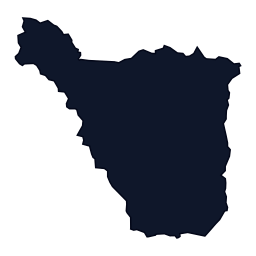 outline of Trujillo Alto, Puerto Rico, rotated 180°
{"feature_id": "32010507B87242959394677", "entity_name": "Trujillo Alto", "entity_type": "district", "adm_level": 2, "iso_a3": "PRI", "parent_name": "Puerto Rico", "parent_adm1": "", "projection": "robinson", "projection_center": [-65.993, 18.337], "detail": "fine", "context": "isolated", "style": "filled", "palette": "ink", "viewbox_px": 256, "rotation_deg": 180, "n_neighbors": 0, "source": "geoboundaries", "source_scale": "gbopen_adm2", "svg_char_len": 1914}
<svg xmlns="http://www.w3.org/2000/svg" viewBox="0 0 256 256"><g transform="rotate(180 128 128)"><path d="M107.6,19.3L100.6,20.9L100.6,21.5L99.1,21.9L91.5,22.3L86.0,20.3L81.0,20.4L79.1,18.0L77.5,18.5L76.0,19.6L76.3,22.3L68.3,23.6L51.1,20.0L44.8,27.1L42.5,29.8L40.2,32.4L36.3,36.5L31.5,44.8L30.4,45.3L29.0,45.5L28.5,48.6L30.1,53.3L29.7,59.3L31.5,64.3L30.5,67.6L30.3,72.9L30.3,73.2L30.7,77.3L35.2,80.8L30.8,85.3L30.8,89.7L26.6,99.7L25.8,106.3L28.5,109.4L28.5,113.1L29.9,120.0L32.7,132.5L29.9,137.0L29.9,140.1L29.6,145.6L27.6,151.0L28.9,156.1L27.2,157.9L26.6,163.3L28.1,165.6L28.6,171.4L24.1,177.7L16.4,182.6L17.2,189.5L15.4,190.3L16.8,192.6L22.1,192.0L28.7,197.3L37.1,199.1L40.4,196.5L49.7,197.1L52.0,198.8L58.8,208.8L62.2,202.4L66.5,199.8L70.4,199.4L73.1,202.5L78.6,203.0L86.0,208.3L91.7,210.4L92.7,207.7L100.5,205.3L100.5,202.4L104.4,202.6L112.8,206.1L117.0,204.7L124.6,197.5L131.2,196.4L137.2,193.2L141.6,194.1L167.1,195.4L175.3,196.5L176.6,195.8L177.7,197.1L175.4,200.8L175.6,203.4L178.3,203.9L177.8,206.5L180.7,207.8L184.4,213.7L184.2,215.8L187.8,221.8L192.6,221.3L194.2,224.3L199.3,229.7L202.3,230.8L208.2,235.4L215.9,232.8L220.0,235.9L225.7,237.5L233.1,238.0L231.8,235.1L233.5,229.2L230.5,223.8L238.0,220.5L237.5,213.1L234.8,208.7L237.2,202.5L240.6,199.4L240.4,197.3L236.4,192.3L233.6,190.6L231.6,192.2L222.5,192.6L219.3,190.7L216.1,185.6L215.4,182.2L210.5,180.6L207.0,176.4L201.9,175.2L197.6,167.8L197.4,164.7L191.4,164.1L187.3,157.4L189.5,152.4L189.2,149.2L186.5,147.3L180.5,147.3L179.0,146.0L177.8,141.0L172.9,135.4L173.4,130.2L178.7,120.8L173.1,119.4L172.2,115.8L173.2,111.9L166.4,110.0L164.3,102.0L162.9,98.6L161.0,97.3L160.3,88.4L151.6,87.6L148.3,85.1L148.3,79.3L146.0,73.8L144.4,71.1L143.5,69.5L135.5,61.4L129.4,55.2L129.2,51.7L129.7,45.1L128.9,43.3L125.3,38.7L125.2,27.9L125.3,27.0L122.3,25.9L119.2,26.5L111.5,23.6L108.9,19.2L107.6,19.3Z" fill="#0f172a" stroke="#020617" stroke-width="1.5"/></g></svg>